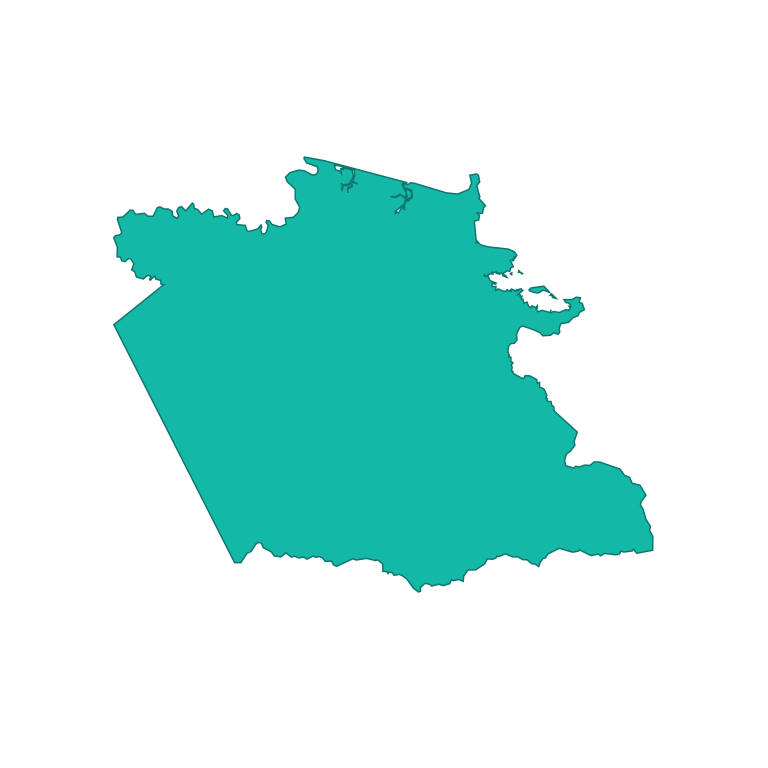 Changuinola, Bocas del Toro, Panama (orthographic projection), rotated 333°
{"feature_id": "35544464B1778139424471", "entity_name": "Changuinola", "entity_type": "district", "adm_level": 2, "iso_a3": "PAN", "parent_name": "Panama", "parent_adm1": "Bocas del Toro", "projection": "orthographic", "projection_center": [-82.488, 9.215], "detail": "fine", "context": "isolated", "style": "filled", "palette": "teal", "viewbox_px": 768, "rotation_deg": 333, "n_neighbors": 0, "source": "geoboundaries", "source_scale": "gbopen_adm2", "svg_char_len": 6180}
<svg xmlns="http://www.w3.org/2000/svg" viewBox="0 0 768 768"><g transform="rotate(333 384 384)"><path d="M594.9,399.9L598.2,396.3L594.6,393.9L589.8,394.1L582.6,390.5L583.1,394.3L584.9,395.1L586.1,398.2L585.4,399.8L584.2,398.8L584.4,401.1L581.6,402.1L580.1,400.3L573.0,400.0L567.8,396.3L565.3,396.6L558.3,390.1L554.1,389.6L553.7,386.0L555.8,384.4L554.4,386.0L555.4,385.9L556.1,383.8L554.1,384.8L551.2,381.5L549.4,382.5L548.1,380.3L548.6,375.9L545.3,375.6L546.3,371.5L544.8,370.4L546.9,368.4L545.1,367.6L545.8,366.2L545.4,364.8L545.3,365.9L543.9,365.2L550.1,363.7L549.4,361.4L546.6,360.8L546.2,361.7L544.8,360.2L544.2,361.5L541.0,357.7L539.7,358.8L540.1,357.5L537.9,358.2L536.5,355.8L535.0,356.8L532.6,355.6L529.0,351.2L525.9,351.3L528.0,348.0L524.5,346.1L526.1,343.2L528.7,345.8L529.7,345.2L525.5,340.0L525.7,334.7L524.9,335.1L522.3,333.4L523.4,331.2L522.7,333.2L524.5,334.3L526.7,334.4L527.0,333.2L530.8,335.4L530.4,334.2L531.6,332.7L530.8,334.2L534.8,334.9L534.3,336.4L536.5,338.2L536.2,337.1L540.8,339.6L545.1,338.9L547.2,340.7L549.7,337.9L552.4,338.2L552.7,331.2L557.2,331.3L557.5,330.0L558.3,331.1L560.8,329.7L560.1,325.3L556.1,320.3L539.1,309.1L533.5,304.2L532.4,301.2L529.2,299.4L532.2,300.7L531.5,297.4L538.4,279.9L542.9,280.8L545.6,277.0L544.7,274.1L549.2,276.6L552.6,272.3L555.4,271.2L552.8,261.8L554.3,260.9L556.6,249.4L561.0,247.4L562.9,240.9L562.1,239.0L555.3,236.9L553.3,244.8L547.9,249.2L536.1,248.3L526.2,241.9L502.7,219.4L499.1,216.7L495.8,217.1L492.8,214.4L490.8,218.0L496.5,223.7L494.3,230.3L487.8,232.3L489.3,230.8L487.3,230.7L482.9,234.1L482.6,236.1L481.3,236.9L482.0,238.7L481.1,236.4L482.6,234.1L481.7,233.7L474.5,238.3L473.1,235.7L470.7,238.0L472.4,235.4L483.9,232.7L487.1,229.4L493.0,230.2L495.6,225.8L494.4,222.3L491.3,220.6L489.8,227.6L487.0,228.2L484.7,222.9L479.6,223.2L474.8,220.0L479.9,222.6L484.6,222.2L487.0,226.8L489.0,226.9L490.6,223.2L490.5,214.6L492.8,213.5L496.2,215.3L431.9,157.7L416.1,145.7L415.1,146.7L415.4,151.9L423.2,160.1L422.3,163.8L419.3,166.5L415.1,165.4L409.7,157.7L405.1,154.7L396.2,153.0L390.1,155.0L389.6,159.7L393.3,170.1L388.9,178.9L389.1,188.2L385.6,192.2L379.0,194.3L371.2,191.4L369.5,197.1L362.6,196.7L356.6,191.0L356.0,186.7L353.9,185.1L352.3,186.6L352.9,190.2L348.5,194.9L345.7,196.1L343.3,194.7L344.0,190.7L346.4,188.6L346.6,186.5L341.6,188.5L332.8,186.8L331.5,185.3L332.4,179.7L325.2,175.2L325.7,173.1L330.6,171.2L331.7,167.5L330.1,165.1L326.6,165.6L324.7,164.5L324.0,156.8L322.1,155.6L319.7,156.9L321.3,163.0L319.8,165.1L315.7,160.2L308.2,157.9L309.6,151.7L307.0,148.6L298.7,150.0L297.3,144.2L294.7,141.1L296.1,137.5L295.3,135.8L286.0,139.7L284.0,134.0L281.0,133.6L277.8,135.9L277.3,141.1L274.8,142.4L272.0,138.1L273.8,134.2L271.2,130.1L267.6,128.3L264.7,124.4L262.1,124.0L254.4,129.7L249.8,127.3L248.0,123.1L239.6,120.1L239.2,115.3L236.9,113.9L227.2,116.7L222.4,114.7L221.2,116.4L219.1,129.9L216.9,131.2L211.7,130.0L209.6,131.0L208.5,141.1L203.9,149.5L206.6,151.1L206.4,155.4L208.7,157.4L213.3,156.2L215.1,157.6L215.8,163.2L211.0,167.6L212.9,171.0L212.0,176.2L217.1,181.1L223.3,179.9L225.1,182.4L222.4,184.6L223.0,185.4L228.7,183.6L228.3,187.0L232.0,190.2L230.7,193.7L233.0,195.5L170.2,208.5L169.8,475.4L175.3,478.2L185.0,472.7L189.4,472.9L197.3,468.4L200.2,468.2L202.5,470.1L202.1,475.1L207.3,482.2L208.2,487.5L213.8,491.3L219.9,490.0L222.9,496.2L226.2,496.9L229.4,500.4L233.9,501.7L235.9,505.1L242.6,505.1L244.7,507.6L247.9,508.2L250.3,511.1L251.1,515.4L256.9,518.1L256.8,522.0L258.9,524.9L277.0,525.6L279.2,528.1L289.3,531.5L296.4,537.5L298.6,537.9L301.1,543.6L297.9,550.4L301.2,552.4L301.7,554.8L303.3,553.9L305.8,556.2L306.1,559.0L311.2,560.6L313.1,562.9L315.8,568.0L317.5,579.2L320.3,585.0L322.7,585.1L323.9,582.0L329.9,580.2L333.7,583.1L334.6,585.6L341.9,587.3L345.3,590.6L351.9,591.7L355.3,589.1L356.2,590.6L361.8,592.1L365.0,595.8L367.8,591.4L374.3,587.8L381.3,591.2L392.0,590.0L396.7,586.7L401.0,589.4L404.7,589.9L406.3,588.6L407.7,589.9L415.0,590.4L420.0,596.3L424.9,598.9L427.8,603.4L431.7,605.6L433.9,611.0L436.8,613.0L439.0,616.9L442.4,613.7L446.4,611.7L449.1,612.2L452.7,609.9L465.4,609.9L475.8,619.5L481.5,621.2L482.7,620.4L490.6,630.9L498.0,632.9L498.9,635.4L503.5,635.1L513.2,641.5L516.7,642.4L519.3,640.4L521.4,642.6L529.1,645.4L531.4,644.5L532.4,649.6L547.9,654.1L554.3,642.0L554.2,634.8L556.7,632.0L556.0,623.4L558.0,612.9L557.5,608.4L559.4,605.9L566.9,602.0L566.1,590.2L560.1,585.3L560.4,578.9L556.8,574.3L555.6,566.9L540.8,551.5L536.0,548.9L530.5,550.0L525.8,547.3L520.1,546.5L517.3,544.3L514.9,545.1L508.7,539.1L510.3,534.0L514.6,529.2L519.4,528.5L526.3,525.2L527.1,521.7L534.4,514.6L523.3,485.2L525.0,481.5L523.8,479.1L524.9,475.5L522.0,473.7L521.8,472.1L522.9,471.2L521.7,469.8L523.8,468.5L524.3,463.5L524.0,460.4L521.2,457.7L523.3,453.2L521.0,453.0L522.0,449.3L517.6,442.9L513.5,440.6L511.3,442.4L509.5,441.6L503.6,432.7L504.6,431.5L503.6,430.1L505.8,427.3L505.9,424.9L508.6,423.7L507.3,421.7L509.2,417.8L507.2,416.3L508.6,415.5L509.0,411.4L512.3,406.8L515.2,405.6L518.7,406.9L522.5,405.1L524.8,399.6L530.6,395.3L533.7,395.1L541.5,403.1L546.3,409.1L547.5,413.2L554.6,416.2L558.5,415.3L561.7,418.8L564.1,417.6L565.4,414.0L568.9,410.4L576.3,412.9L582.6,410.7L587.8,411.3L590.6,408.9L596.3,408.8L597.2,402.1L594.9,399.9ZM438.6,197.4L440.5,193.0L445.1,192.8L445.9,191.4L445.4,190.1L442.0,191.0L437.9,188.5L433.9,193.1L437.1,188.0L437.1,185.5L437.6,187.8L443.2,190.0L450.8,185.5L452.7,179.0L449.8,175.9L445.6,173.1L445.4,174.9L444.8,173.0L443.2,172.6L441.6,177.1L441.0,173.9L438.1,171.0L438.9,166.7L439.8,167.5L440.0,166.5L454.6,179.7L452.3,185.7L448.0,189.2L451.5,193.9L447.1,189.4L445.3,193.8L440.4,193.5L438.6,197.4ZM558.3,365.1L555.9,366.0L556.1,367.3L559.5,370.7L562.9,373.0L568.6,372.6L573.4,378.0L570.8,369.4L558.3,365.1ZM576.3,385.9L574.0,379.4L572.3,380.4L573.8,380.9L573.5,383.5L576.3,385.9ZM539.4,340.0L539.2,341.7L541.9,344.8L541.7,342.6L539.4,340.0ZM548.3,343.0L546.8,342.9L546.5,343.3L547.5,344.5L548.3,343.0ZM564.6,395.5L566.1,394.5L566.5,393.7L564.6,395.5ZM555.8,346.2L556.0,345.2L555.5,344.2L554.5,345.6L555.8,346.2ZM556.5,348.3L557.5,348.4L556.5,346.8L556.5,348.3ZM556.3,333.0L555.2,332.0L554.7,332.6L556.3,333.0Z" fill="#14b8a6" stroke="#0f766e" stroke-width="1.5"/></g></svg>